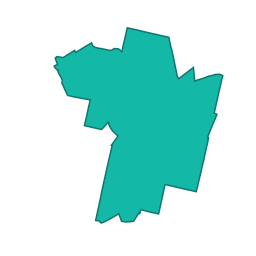 Nana, Calarasi, Romania, rotated 101°
{"feature_id": "2599482B6717067498389", "entity_name": "Nana", "entity_type": "district", "adm_level": 2, "iso_a3": "ROU", "parent_name": "Romania", "parent_adm1": "Calarasi", "projection": "robinson", "projection_center": [26.612, 44.3], "detail": "fine", "context": "isolated", "style": "filled", "palette": "teal", "viewbox_px": 256, "rotation_deg": 101, "n_neighbors": 0, "source": "geoboundaries", "source_scale": "gbopen_adm2", "svg_char_len": 3953}
<svg xmlns="http://www.w3.org/2000/svg" viewBox="0 0 256 256"><g transform="rotate(101 128 128)"><path d="M220.5,111.7L220.3,110.9L219.2,106.9L218.6,104.8L218.4,104.7L215.8,103.7L213.4,102.7L211.6,101.9L209.6,101.3L209.9,100.3L208.6,99.8L208.0,100.4L205.6,99.4L205.9,96.3L206.1,93.4L206.3,90.2L206.4,85.9L206.5,81.6L201.6,81.4L198.9,81.4L191.9,81.2L186.4,81.1L176.4,80.8L176.6,75.0L176.7,71.8L176.8,70.2L176.8,69.2L176.9,66.9L177.0,65.7L177.1,63.1L177.1,60.5L177.3,57.1L177.3,54.3L177.5,50.0L177.5,48.9L176.9,48.9L172.5,48.6L164.5,48.3L162.3,48.2L158.0,48.0L154.5,47.9L151.1,47.8L144.3,47.5L143.4,47.5L141.0,47.5L138.3,47.4L137.5,47.4L136.4,47.4L132.3,47.3L128.6,47.1L124.8,47.0L124.5,47.2L122.5,47.0L122.4,47.1L122.1,47.2L122.1,47.3L121.9,47.5L121.8,48.2L119.8,47.8L117.1,47.2L113.3,46.5L112.1,46.3L110.8,46.0L107.3,45.3L104.9,44.7L98.8,43.5L98.0,43.4L97.6,43.3L96.9,46.2L85.4,45.9L82.2,45.8L75.0,45.6L58.5,45.0L57.8,48.0L57.9,49.2L58.3,50.1L58.6,52.1L60.4,55.5L61.8,58.9L64.4,62.8L65.8,65.4L67.2,68.2L69.2,71.3L69.2,71.5L68.8,71.6L63.7,73.1L58.2,74.7L56.1,75.3L60.4,79.2L68.5,86.3L69.9,87.6L67.7,89.6L64.2,91.0L53.9,95.3L46.9,98.2L44.2,99.4L43.0,99.9L41.7,100.6L40.2,101.4L39.8,101.6L38.9,102.1L37.7,102.4L37.1,102.6L36.5,103.0L36.0,103.3L35.7,103.4L34.4,103.9L31.2,105.2L31.2,105.5L31.1,107.2L31.1,108.2L31.0,112.7L30.9,115.6L30.8,116.7L30.7,119.8L30.7,120.0L30.7,121.1L30.7,121.5L30.7,122.0L30.6,123.3L30.6,123.9L30.6,124.3L30.6,125.2L30.5,127.0L30.4,129.8L30.4,130.7L30.3,132.3L30.2,133.8L29.9,142.5L29.9,144.3L29.8,146.1L29.8,146.8L29.7,147.6L29.8,147.8L30.4,147.9L30.8,147.9L31.5,147.9L34.0,148.0L35.7,148.1L37.9,148.1L40.6,148.2L43.6,148.3L45.7,148.4L49.2,148.5L50.8,148.5L54.2,148.6L53.9,149.2L53.7,149.6L53.1,150.7L52.7,151.4L52.3,152.0L52.2,152.2L52.2,152.3L52.3,153.6L52.5,155.0L52.5,155.8L52.6,156.6L52.8,156.9L52.9,157.0L53.2,157.3L54.5,158.6L54.7,158.8L54.8,159.0L55.1,160.2L55.2,160.5L55.2,160.8L55.3,161.3L55.3,161.7L55.3,162.8L55.4,163.5L55.4,163.8L55.4,164.0L55.3,164.3L55.2,164.4L55.2,164.6L55.2,164.9L55.2,166.5L55.2,167.8L55.1,168.6L55.1,169.0L55.1,169.3L55.1,169.7L55.1,170.4L55.2,170.6L55.2,171.0L55.3,171.5L55.3,171.9L55.3,172.1L55.3,172.3L55.2,173.2L55.2,173.5L55.2,174.0L55.2,174.5L55.2,174.8L55.3,175.1L54.3,177.9L54.1,178.0L52.2,179.5L51.4,180.1L53.7,182.7L57.3,186.7L59.3,188.9L60.4,190.0L62.6,192.4L63.8,193.9L62.0,195.2L63.6,197.0L65.7,199.1L67.3,201.0L68.1,201.8L69.2,202.9L69.8,203.5L70.9,204.7L71.2,204.9L71.3,206.6L71.5,211.5L71.8,211.7L72.5,212.2L73.3,212.7L73.5,212.7L74.3,212.2L74.9,211.9L75.8,211.3L76.0,211.2L76.9,210.7L77.5,210.3L77.7,210.1L79.0,209.3L81.0,212.0L81.4,212.2L81.6,212.2L82.1,212.0L82.9,210.8L84.4,208.9L84.4,208.1L84.3,207.6L84.5,207.4L84.9,207.5L85.3,207.6L85.5,207.6L85.8,207.5L86.0,207.4L86.5,207.1L87.6,206.4L88.5,205.9L88.8,205.5L89.1,205.2L89.4,204.9L89.8,204.4L90.7,203.7L90.9,203.6L91.2,203.4L92.6,202.4L93.1,202.0L93.3,201.9L93.5,201.8L93.7,201.7L94.0,201.6L94.3,201.6L94.9,201.5L95.3,201.5L95.5,201.5L96.5,201.5L97.1,201.1L98.6,199.9L102.7,197.1L105.2,195.3L105.9,194.8L106.6,194.2L107.2,193.7L107.5,193.3L107.6,193.1L107.6,192.7L107.6,191.8L107.6,189.9L107.7,188.1L107.7,186.2L107.7,182.3L107.7,179.4L107.6,170.4L114.2,170.7L120.8,170.8L134.0,171.2L134.1,166.2L134.3,161.9L134.3,161.3L134.3,160.4L134.4,158.9L134.4,157.0L134.4,155.6L134.5,153.6L127.3,149.2L126.0,148.4L126.5,148.0L128.6,147.3L129.3,146.9L131.8,144.7L133.8,142.6L134.2,142.1L137.9,136.3L142.4,138.4L148.1,141.0L148.1,140.2L159.1,140.6L160.9,140.7L174.0,141.1L174.6,141.1L185.0,141.4L187.7,141.5L193.5,141.6L194.3,141.7L198.9,141.6L211.0,141.8L218.6,142.0L225.0,142.1L224.8,138.9L224.8,138.4L224.8,138.2L225.0,138.0L225.5,137.5L226.1,137.0L226.2,136.7L226.3,136.4L226.3,136.0L225.4,134.5L224.7,133.5L222.9,131.0L217.7,124.9L216.8,123.9L214.6,121.3L214.0,120.6L219.5,117.3L220.6,116.7L220.8,116.5L220.8,114.3L220.7,113.0L220.6,112.0L220.5,111.8L220.5,111.7Z" fill="#14b8a6" stroke="#0f766e" stroke-width="1.5"/></g></svg>